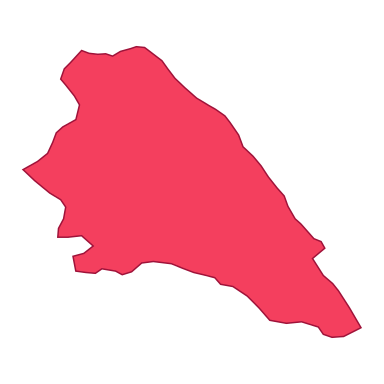 the district of Paralimni, Famagusta, Cyprus
{"feature_id": "46923920B46999438431998", "entity_name": "Paralimni", "entity_type": "district", "adm_level": 2, "iso_a3": "CYP", "parent_name": "Cyprus", "parent_adm1": "Famagusta", "projection": "natural_earth1", "projection_center": [34.012, 35.027], "detail": "fine", "context": "isolated", "style": "filled", "palette": "rose", "viewbox_px": 384, "rotation_deg": 0, "n_neighbors": 0, "source": "geoboundaries", "source_scale": "gbopen_adm2", "svg_char_len": 1161}
<svg xmlns="http://www.w3.org/2000/svg" viewBox="0 0 384 384"><path d="M340.1,336.7L343.6,336.5L361.0,327.7L349.4,307.8L338.5,290.9L332.7,283.6L323.3,275.5L312.5,258.5L324.8,248.2L321.1,241.6L313.9,238.7L300.9,224.0L295.1,218.8L287.9,206.3L284.2,196.0L277.0,187.9L268.3,176.9L261.1,165.9L253.1,156.3L243.0,146.8L238.6,135.0L230.0,122.5L224.9,115.9L215.5,109.3L209.0,105.6L196.7,98.2L185.1,88.0L175.0,78.4L167.7,68.8L162.0,60.8L150.4,51.9L144.6,47.5L136.3,46.7L130.7,48.6L120.5,51.4L112.6,56.1L105.7,53.8L97.8,54.3L89.0,53.3L81.6,50.5L70.1,63.0L64.3,68.8L60.7,79.1L65.7,85.0L74.4,96.0L79.5,104.9L75.9,119.6L62.8,126.9L56.3,132.8L52.7,142.4L47.6,153.4L37.5,161.5L23.0,169.6L34.6,180.6L49.8,193.1L60.7,199.7L65.7,207.1L63.6,218.8L58.5,228.4L57.8,237.2L67.9,237.2L81.6,235.7L93.2,246.0L83.8,253.4L73.0,256.3L75.8,271.1L86.0,272.5L95.4,273.3L101.9,268.8L115.6,271.1L122.2,274.7L131.6,271.8L141.7,263.0L153.3,261.5L171.4,263.7L182.2,268.1L193.8,272.5L203.2,274.7L214.8,277.7L220.6,284.3L232.9,286.5L247.3,296.1L258.9,307.8L269.8,320.3L286.4,323.3L301.6,321.8L318.3,327.0L323.3,334.3L332.0,337.3L340.1,336.7Z" fill="#f43f5e" stroke="#9f1239" stroke-width="1.5"/></svg>